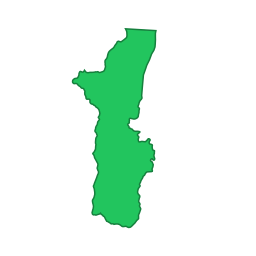 Umling, Geylegphug, Bhutan, rotated 146°
{"feature_id": "84629894B75666827579722", "entity_name": "Umling", "entity_type": "district", "adm_level": 2, "iso_a3": "BTN", "parent_name": "Bhutan", "parent_adm1": "Geylegphug", "projection": "orthographic", "projection_center": [90.619, 26.907], "detail": "fine", "context": "isolated", "style": "filled", "palette": "green", "viewbox_px": 256, "rotation_deg": 146, "n_neighbors": 0, "source": "geoboundaries", "source_scale": "gbopen_adm2", "svg_char_len": 5935}
<svg xmlns="http://www.w3.org/2000/svg" viewBox="0 0 256 256"><g transform="rotate(146 128 128)"><path d="M50.4,193.1L74.6,211.6L74.9,209.6L75.1,208.8L75.4,208.1L75.8,207.4L77.0,205.4L77.8,204.5L78.0,204.2L78.4,204.0L78.7,203.8L79.1,203.7L82.2,203.4L84.1,203.3L85.2,203.3L85.5,203.4L85.9,203.5L86.2,203.8L86.4,204.1L87.1,205.0L87.4,205.3L87.8,205.4L88.2,205.5L88.6,205.5L88.9,205.4L89.6,204.9L90.3,204.5L91.0,204.3L91.8,204.1L92.1,203.9L93.2,203.5L94.2,202.9L94.6,202.8L95.7,202.5L98.1,202.4L99.6,202.2L100.7,202.0L101.5,201.7L102.2,201.3L103.4,200.4L104.6,199.3L105.4,198.5L106.0,198.0L106.7,197.7L107.4,197.3L108.2,197.2L108.5,197.1L108.9,196.9L109.2,196.7L109.5,196.5L110.0,195.8L110.4,195.2L110.9,194.1L111.1,193.8L111.4,193.5L111.6,193.2L112.0,192.1L112.2,191.7L112.7,191.1L113.3,190.6L114.8,189.4L115.5,189.0L115.9,188.8L116.2,188.8L116.6,188.8L117.0,188.8L117.8,189.0L118.5,189.2L119.3,189.4L120.4,189.8L120.7,190.0L121.0,190.3L121.4,191.4L121.6,191.6L122.4,191.9L123.1,192.3L123.7,192.8L124.5,193.0L125.8,193.7L126.8,194.3L128.4,195.4L129.9,196.0L130.2,196.2L130.8,196.7L131.1,196.9L131.3,197.3L131.6,197.8L131.8,200.2L132.4,199.8L133.2,199.6L133.6,199.5L134.3,199.6L134.7,200.0L135.4,201.0L135.8,201.5L136.2,201.6L136.7,201.5L137.1,201.3L138.2,200.5L139.1,199.3L141.0,198.1L141.8,197.8L142.6,197.9L144.1,198.6L144.6,198.8L145.5,198.8L146.3,198.7L147.2,198.4L147.8,197.8L148.3,197.0L148.4,196.3L148.3,195.7L147.9,194.9L146.7,194.3L145.9,193.7L145.5,192.9L145.4,192.5L145.4,191.4L145.2,190.6L144.8,189.8L144.6,189.4L144.4,188.6L144.4,187.7L144.1,186.9L143.5,186.3L143.0,185.9L142.8,185.4L142.9,184.8L143.1,183.2L143.2,182.5L143.6,182.0L144.2,181.4L144.8,180.3L145.0,180.0L145.3,178.2L145.3,177.7L145.5,177.4L146.2,175.9L146.2,175.3L145.9,174.8L144.4,173.9L144.2,173.7L143.8,172.9L144.0,172.2L144.3,171.9L144.9,170.9L145.2,170.4L145.2,169.4L145.0,168.7L144.7,168.2L144.3,167.8L144.0,167.5L143.8,167.2L143.6,166.2L142.8,164.7L142.8,164.1L142.8,163.3L142.7,162.9L142.2,162.1L142.0,161.3L141.9,160.5L141.9,159.3L142.5,157.4L143.1,156.0L143.4,155.5L143.9,155.3L144.2,154.8L144.7,154.3L145.7,154.0L146.3,153.7L146.7,153.4L146.8,153.0L146.6,151.8L146.9,151.0L148.1,150.6L149.8,149.9L151.5,148.1L153.5,147.2L154.6,146.4L155.6,145.2L156.6,144.6L157.1,143.9L157.3,143.3L157.0,141.9L157.4,140.5L157.6,139.2L158.3,138.5L158.8,138.2L159.3,138.1L160.0,137.7L160.9,136.9L162.9,134.4L163.5,133.4L163.8,132.2L164.8,131.2L165.9,129.8L166.8,128.6L168.4,127.7L169.4,127.1L170.2,127.0L171.0,126.7L171.6,126.3L171.4,125.4L171.6,123.8L172.3,122.1L172.5,119.6L172.8,116.9L172.9,115.7L173.1,115.0L173.3,114.6L173.7,114.2L174.6,113.2L175.3,112.7L176.0,112.0L176.2,111.5L176.5,110.2L176.7,109.6L176.7,109.0L176.9,108.3L177.4,107.6L178.2,106.8L179.6,106.0L182.1,104.1L186.9,100.8L187.8,100.0L188.8,99.5L189.4,98.8L189.7,97.5L190.0,96.4L190.8,94.8L191.5,93.3L192.1,92.5L192.3,91.9L193.5,90.8L194.2,90.2L194.9,89.5L197.0,88.4L197.8,88.0L198.4,87.2L199.1,85.7L199.6,84.2L200.1,83.0L200.6,82.1L202.1,80.5L203.3,79.6L204.2,78.7L204.9,78.2L205.2,77.6L205.6,76.7L205.5,75.9L205.3,75.4L204.2,74.7L203.6,74.0L203.0,73.6L201.1,73.1L200.3,72.8L199.5,72.6L198.4,72.7L198.5,71.3L197.9,70.3L197.8,69.9L197.8,68.8L197.6,68.6L197.3,67.7L197.3,66.8L197.6,65.2L197.7,63.8L197.8,62.6L197.1,61.7L195.9,59.1L195.8,58.6L195.6,58.0L194.7,57.4L194.0,57.0L193.6,56.4L193.5,56.0L193.2,55.9L191.5,55.1L190.8,54.6L189.9,53.9L189.7,53.6L189.2,53.0L188.8,52.3L188.4,51.2L188.2,50.5L187.9,49.7L187.6,49.4L187.4,49.1L186.7,48.7L185.3,48.0L185.0,47.9L184.6,47.6L184.4,47.3L183.7,46.0L183.2,45.3L182.9,45.1L182.2,44.7L181.5,44.5L181.1,44.4L180.7,44.5L179.5,44.6L177.6,45.0L176.5,45.2L175.7,45.3L174.6,45.7L172.4,46.5L170.9,46.7L170.1,46.9L169.8,47.1L169.6,47.5L168.9,48.4L168.6,49.1L168.1,49.7L167.8,50.0L167.2,50.5L166.5,50.9L165.9,51.3L165.0,52.0L163.1,53.4L162.6,54.0L162.5,54.4L162.4,55.2L162.3,55.9L162.3,56.3L162.2,56.7L162.0,57.0L161.8,57.3L160.8,58.0L160.6,58.3L160.5,58.7L160.4,59.0L160.5,60.2L160.4,60.6L160.1,61.3L159.9,61.6L159.3,62.2L158.7,62.7L157.9,63.5L157.2,63.9L156.3,64.9L156.2,65.3L156.2,65.7L156.4,67.1L156.4,68.2L156.1,69.1L155.8,69.6L155.5,70.0L154.4,71.1L154.1,71.4L153.2,72.0L152.6,72.3L150.7,73.0L150.3,73.3L150.3,73.6L150.1,74.6L149.9,75.0L147.6,76.3L146.9,77.0L143.5,78.6L142.7,79.4L142.2,79.5L141.0,79.6L140.3,79.8L139.4,80.4L137.9,80.9L137.4,81.0L136.5,80.8L132.9,78.7L132.1,78.5L131.4,79.4L131.2,80.4L129.0,82.0L127.6,83.5L127.0,86.4L127.6,88.0L127.4,88.7L126.9,89.0L126.2,89.2L125.3,89.1L125.0,88.7L125.1,87.7L124.9,87.2L124.5,86.9L124.0,86.8L123.5,87.1L122.9,87.8L122.6,89.0L122.3,89.9L121.6,91.2L120.4,92.1L119.9,92.9L118.9,94.1L118.8,94.4L119.0,94.8L119.6,95.5L119.6,96.4L119.2,97.6L118.5,98.9L117.5,100.0L117.4,100.3L117.4,100.7L117.7,101.3L118.8,102.4L118.9,103.5L118.8,103.9L118.1,104.6L117.5,105.1L116.4,105.6L116.2,106.1L116.3,106.8L116.6,107.3L117.1,107.7L117.5,107.7L119.6,107.1L121.2,106.9L122.0,107.4L123.8,109.0L124.7,109.5L125.7,109.7L126.2,110.0L126.7,110.5L126.8,110.8L126.6,111.3L126.5,111.7L125.8,113.1L124.4,114.1L124.1,114.4L124.0,115.0L124.1,115.7L124.2,116.3L124.1,116.8L123.9,117.1L123.5,117.5L123.1,117.6L122.5,117.7L121.0,117.8L120.6,117.9L120.4,118.1L120.3,118.4L121.6,119.7L123.8,121.2L124.6,122.0L125.1,123.4L125.2,124.7L125.9,125.4L126.0,126.2L126.9,127.2L126.9,127.7L126.8,128.1L126.5,128.4L126.4,128.7L126.5,130.3L126.2,131.1L125.8,131.4L125.4,131.5L124.2,131.5L123.9,131.8L123.4,132.7L122.7,133.3L122.3,134.1L122.1,134.5L121.7,134.8L121.4,134.9L120.9,134.9L120.6,134.7L118.2,132.2L117.2,131.6L115.3,131.2L113.7,131.5L112.9,132.0L112.5,132.5L111.5,133.6L110.4,134.5L109.1,136.3L107.8,137.5L107.6,138.2L107.9,139.6L107.5,140.5L106.1,141.4L104.7,142.7L103.7,143.4L102.5,144.0L100.8,144.4L100.1,144.7L99.6,145.1L98.6,147.2L92.1,155.3L85.5,163.4L80.1,167.4L77.4,169.5L72.0,172.6L67.0,176.2L63.1,178.0L60.3,180.1L58.3,182.6L55.9,185.8L54.1,188.6L52.4,191.1L50.4,193.1Z" fill="#22c55e" stroke="#15803d" stroke-width="1.5"/></g></svg>